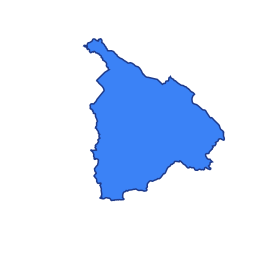 Vanduzi, Manica, Mozambique (Equal Earth projection), rotated 133°
{"feature_id": "85939544B72355494669336", "entity_name": "Vanduzi", "entity_type": "district", "adm_level": 2, "iso_a3": "MOZ", "parent_name": "Mozambique", "parent_adm1": "Manica", "projection": "equal_earth", "projection_center": [33.373, -18.898], "detail": "fine", "context": "isolated", "style": "filled", "palette": "blue", "viewbox_px": 256, "rotation_deg": 133, "n_neighbors": 0, "source": "geoboundaries", "source_scale": "gbopen_adm2", "svg_char_len": 5718}
<svg xmlns="http://www.w3.org/2000/svg" viewBox="0 0 256 256"><g transform="rotate(133 128 128)"><path d="M95.2,43.2L95.2,45.5L94.9,46.6L96.0,47.8L96.3,48.9L96.3,49.5L95.8,50.6L95.7,51.8L94.4,53.3L94.1,53.4L93.1,53.1L92.1,52.0L91.4,51.6L90.6,52.0L89.4,52.3L87.9,52.1L86.7,52.3L86.0,52.0L85.2,52.5L84.1,52.6L83.8,53.2L83.6,53.8L81.6,52.4L80.2,52.6L79.4,53.0L79.0,53.5L78.9,54.1L76.2,53.3L75.4,53.5L74.8,54.0L74.5,54.1L73.7,53.6L73.3,53.6L72.6,52.7L72.2,51.1L71.7,49.8L71.4,49.6L70.4,50.0L69.6,51.0L68.8,52.6L67.7,53.7L67.0,54.2L66.4,55.2L65.8,55.2L65.5,56.9L65.8,59.3L65.0,61.1L63.9,63.0L63.7,64.3L63.5,71.0L63.3,72.9L63.4,73.9L64.2,74.4L64.4,75.4L63.0,81.1L62.4,82.9L62.5,84.1L63.5,85.3L63.8,86.2L63.9,91.8L64.1,93.7L65.2,95.9L65.5,97.0L65.5,97.6L65.3,98.4L64.8,99.1L63.8,100.4L62.5,101.5L60.4,102.4L57.9,102.4L57.7,104.2L57.9,105.4L58.1,105.6L58.3,106.6L58.3,108.2L58.0,109.5L58.3,110.1L58.1,110.8L58.4,111.8L58.3,113.4L58.5,114.0L59.0,114.7L59.2,116.4L60.5,118.4L61.1,122.0L61.2,125.0L61.1,125.3L61.8,126.7L61.3,127.9L61.8,129.1L61.8,129.7L62.1,130.4L61.5,132.0L62.2,131.8L62.9,132.3L63.4,132.2L65.3,130.9L66.0,130.7L67.8,132.1L68.3,132.0L69.8,131.3L70.2,131.4L71.1,132.3L72.6,132.6L72.5,139.7L77.3,148.0L77.9,148.6L78.3,149.6L78.4,151.3L78.1,153.3L78.4,153.4L77.9,155.4L77.1,157.1L76.7,158.7L76.3,160.6L76.4,162.5L76.7,163.1L77.0,163.4L77.1,163.9L77.6,164.8L77.5,167.1L77.9,169.3L78.7,170.9L80.1,171.7L80.7,172.9L80.6,173.8L80.8,174.5L81.0,175.8L81.3,176.5L81.3,177.9L81.5,178.5L81.6,179.9L82.3,181.0L82.3,182.1L82.5,182.5L82.7,184.8L82.1,186.0L82.3,187.5L82.2,188.5L82.2,189.6L81.9,190.3L82.0,190.9L82.8,192.8L84.5,194.5L84.7,195.0L85.2,195.3L85.1,196.3L84.4,197.5L84.5,198.4L83.9,199.2L83.7,201.1L83.2,202.2L83.2,203.1L83.1,204.2L83.1,204.6L83.4,205.1L83.4,205.5L82.5,206.0L81.6,207.0L81.3,208.6L81.8,209.2L82.8,209.3L83.3,209.9L84.0,209.7L84.3,209.1L84.6,209.0L84.9,209.3L85.6,211.0L85.5,212.1L85.6,212.8L86.0,213.5L86.5,214.0L87.3,214.2L88.4,213.7L88.9,213.6L91.4,214.2L92.9,215.2L93.8,215.2L94.2,214.9L95.7,214.4L96.0,213.5L96.5,213.1L96.8,213.2L96.9,213.7L96.5,214.5L96.5,215.2L97.2,216.2L97.6,216.4L98.1,216.3L97.8,215.7L98.0,215.1L97.3,213.8L97.6,212.7L97.4,212.1L98.0,211.8L98.1,211.4L98.0,211.0L97.2,211.0L97.1,209.6L97.3,209.2L98.2,208.5L98.3,207.9L98.5,207.1L98.3,206.5L96.5,206.0L96.1,205.1L95.3,205.2L95.0,205.0L94.8,204.4L94.9,202.5L94.3,201.9L94.1,200.6L93.5,200.1L93.8,199.6L93.9,198.9L93.9,198.3L93.6,197.8L93.6,197.0L93.8,196.3L94.5,196.0L94.7,195.4L94.3,194.2L95.5,192.9L95.1,191.0L95.0,188.8L95.6,187.4L97.3,186.2L97.7,184.7L97.3,183.8L98.3,182.7L98.4,182.2L98.2,181.6L103.1,182.9L113.9,183.4L114.8,183.1L114.7,182.0L115.1,179.7L115.1,175.5L115.4,173.8L116.0,172.3L117.0,170.9L128.0,170.2L130.6,169.5L132.3,169.6L133.4,169.4L134.1,169.8L134.9,170.9L135.8,171.5L136.8,171.4L137.5,171.0L137.7,170.5L139.0,169.2L139.3,169.2L139.5,168.8L139.6,168.4L139.3,168.1L139.0,167.4L139.3,166.5L139.1,165.7L139.4,165.4L139.7,165.4L139.9,164.9L140.0,164.0L140.3,163.5L140.7,163.4L140.6,162.7L140.0,162.0L140.0,161.3L141.6,159.8L142.3,158.4L142.8,156.9L143.4,156.1L143.7,155.1L143.9,154.9L145.5,154.6L147.9,152.4L149.0,152.4L150.2,151.8L149.8,150.8L150.3,150.0L150.8,147.3L151.3,146.9L151.5,146.2L152.2,145.8L152.2,145.6L151.9,144.7L152.0,144.3L153.0,144.2L154.1,143.3L154.4,142.9L154.4,141.9L154.6,141.6L154.9,141.6L155.3,142.0L155.9,141.8L157.0,142.0L157.4,141.7L157.8,140.6L158.4,140.2L160.7,139.8L161.8,140.1L163.0,140.0L163.6,138.9L164.5,139.0L164.7,138.8L165.0,138.0L165.0,136.9L165.7,136.0L166.1,136.2L166.4,136.9L167.3,137.4L168.6,138.7L169.2,140.0L169.6,140.0L169.7,139.6L169.6,137.9L169.7,137.2L170.6,135.0L172.1,133.9L172.7,132.4L173.4,132.0L173.7,131.5L173.6,131.0L173.2,130.6L172.9,130.5L172.5,130.8L172.3,130.6L171.5,129.1L171.4,128.2L171.6,127.7L172.4,127.4L173.2,126.5L175.9,125.0L177.4,125.1L180.7,124.7L182.0,123.0L182.3,122.1L182.1,122.0L182.4,121.0L182.8,120.3L183.0,120.2L183.5,120.5L184.4,120.3L185.8,120.3L186.3,120.1L186.2,119.2L186.5,118.8L186.7,117.8L186.6,116.6L187.4,115.4L188.4,114.5L189.0,112.9L188.9,112.1L187.1,110.6L186.9,110.4L187.0,110.0L187.4,109.7L189.0,109.5L189.3,108.4L190.0,107.3L190.7,105.9L191.9,105.1L194.1,102.3L195.1,101.4L196.0,101.2L196.4,100.2L196.6,99.9L196.8,100.0L197.0,100.6L197.3,100.8L198.2,100.8L198.3,100.6L196.8,97.9L195.8,97.2L194.2,96.8L193.6,96.2L192.8,94.6L192.2,94.1L191.9,93.2L192.1,91.7L192.4,91.1L192.2,90.5L190.9,89.6L190.4,88.8L189.5,88.6L188.5,87.4L187.8,87.1L187.3,86.1L186.5,85.8L185.4,84.3L183.5,82.5L182.9,82.4L182.6,82.8L182.6,83.6L182.4,84.8L181.8,85.0L180.5,86.3L178.7,87.2L177.6,87.3L175.9,86.4L175.0,86.7L174.6,86.2L174.3,85.2L173.0,85.1L170.7,83.1L168.9,82.0L168.3,81.3L167.4,80.8L167.1,80.3L166.8,78.7L166.3,77.5L164.7,76.0L163.7,74.6L163.2,73.2L161.6,71.9L161.0,71.8L160.4,71.9L160.0,72.4L159.9,73.2L159.8,73.4L159.3,73.6L158.1,73.6L157.4,74.1L157.1,74.7L155.5,75.8L152.4,76.0L151.2,75.5L150.8,75.0L150.5,74.1L150.1,73.7L148.2,73.0L146.1,71.9L144.7,71.7L143.9,70.6L142.7,70.3L141.4,70.3L137.5,70.8L137.0,70.8L136.6,70.2L135.4,70.1L130.8,71.7L128.9,71.9L127.6,71.3L126.3,71.4L125.3,71.7L124.4,70.9L123.5,70.9L122.5,70.5L120.9,71.0L120.4,70.9L119.1,69.4L117.8,67.5L117.6,67.4L116.9,67.8L116.6,67.5L116.3,66.4L116.5,65.5L116.4,64.8L116.6,63.1L116.1,60.7L116.4,58.3L116.4,57.2L116.2,56.8L115.6,56.3L115.0,56.1L114.4,56.2L114.2,55.9L113.6,54.2L112.4,53.2L112.3,51.9L112.9,50.7L112.8,49.9L111.6,48.4L110.1,48.0L109.4,47.6L109.1,47.2L108.7,46.0L107.5,45.1L107.0,44.1L106.0,43.9L105.2,44.6L104.9,44.6L104.0,44.4L103.5,43.6L103.7,42.7L103.4,41.7L103.0,41.0L102.8,40.2L102.2,39.6L101.5,39.6L101.0,40.1L101.3,41.2L100.8,43.2L100.1,43.2L99.0,43.0L97.3,44.3L97.0,44.3L95.2,43.2Z" fill="#3b82f6" stroke="#1e3a8a" stroke-width="1.5"/></g></svg>